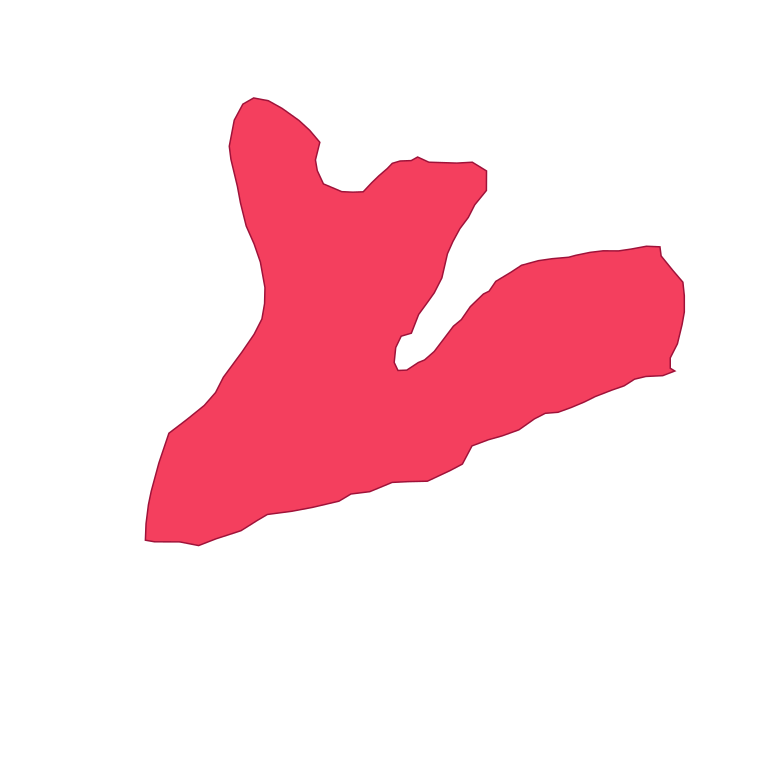 Zangilan District, Zəngilan, Azerbaijan, rotated 27°
{"feature_id": "54616110B64107713492867", "entity_name": "Zangilan District", "entity_type": "district", "adm_level": 2, "iso_a3": "AZE", "parent_name": "Azerbaijan", "parent_adm1": "Zəngilan", "projection": "robinson", "projection_center": [46.661, 39.06], "detail": "fine", "context": "isolated", "style": "filled", "palette": "rose", "viewbox_px": 768, "rotation_deg": 27, "n_neighbors": 0, "source": "geoboundaries", "source_scale": "gbopen_adm2", "svg_char_len": 1706}
<svg xmlns="http://www.w3.org/2000/svg" viewBox="0 0 768 768"><g transform="rotate(27 384 384)"><path d="M567.6,136.5L555.3,142.1L542.9,151.6L532.6,158.9L518.7,165.9L507.8,173.2L496.3,182.4L491.0,187.2L477.1,195.9L465.6,204.0L452.6,215.8L446.4,226.7L437.0,241.8L435.5,253.6L431.7,258.7L425.8,275.8L423.7,291.5L419.6,301.0L416.6,317.8L414.0,332.2L409.2,344.2L404.8,349.3L398.0,361.3L390.3,365.6L383.3,360.2L377.9,346.2L377.6,333.6L385.3,326.3L383.3,306.3L385.6,292.0L387.4,280.0L387.4,263.2L381.4,239.1L380.7,225.8L381.1,211.1L383.5,197.3L383.5,183.2L387.4,165.1L378.6,147.6L362.0,146.3L348.6,154.1L323.3,166.0L310.9,166.5L306.8,172.6L297.1,178.0L291.2,183.6L289.1,190.6L285.0,200.6L281.7,210.2L278.2,222.2L269.0,227.3L259.0,231.8L239.2,233.2L227.7,224.2L221.2,215.5L217.1,197.8L202.6,191.7L188.7,187.8L168.1,184.7L152.4,184.1L138.0,188.3L131.2,198.7L130.8,216.9L138.2,242.4L145.6,253.3L163.6,274.4L173.9,287.8L189.5,305.8L204.6,318.1L218.5,331.5L234.2,352.2L241.1,366.6L245.7,381.5L245.7,398.6L242.9,420.2L237.8,450.9L237.8,468.0L233.6,484.7L224.4,505.3L214.7,525.5L219.3,556.7L225.3,585.3L228.9,598.5L235.4,616.5L242.3,631.5L251.1,628.8L273.7,617.4L292.2,612.1L304.7,598.1L323.2,579.6L332.9,563.3L339.3,553.2L359.7,539.2L376.3,526.4L397.1,508.8L404.5,497.0L420.2,486.4L435.9,468.0L449.7,460.1L466.8,450.9L482.5,430.7L490.2,419.7L490.5,399.2L502.3,386.3L512.9,376.5L525.0,363.6L533.9,346.7L541.0,336.9L551.9,330.2L561.6,319.8L570.8,308.9L577.9,299.3L589.7,286.1L598.8,276.6L605.0,266.0L613.9,258.4L628.6,250.0L637.2,240.4L631.9,240.0L627.2,230.8L627.2,215.0L622.6,195.7L618.9,183.5L611.5,169.0L604.1,157.6L589.4,151.5L572.8,144.1L567.6,136.5Z" fill="#f43f5e" stroke="#9f1239" stroke-width="1.5"/></g></svg>